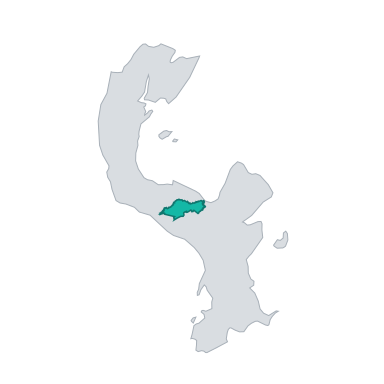 Penonomé, Coclé, Panama (highlighted), rotated 242°
{"feature_id": "35544464B54827397349612", "entity_name": "Penonomé", "entity_type": "district", "adm_level": 2, "iso_a3": "PAN", "parent_name": "Panama", "parent_adm1": "Coclé", "projection": "robinson", "projection_center": [-80.285, 8.68], "detail": "fine", "context": "in_parent", "style": "filled", "palette": "teal", "viewbox_px": 384, "rotation_deg": 242, "n_neighbors": 0, "source": "geoboundaries", "source_scale": "gbopen_adm2", "svg_char_len": 7838}
<svg xmlns="http://www.w3.org/2000/svg" viewBox="0 0 384 384"><g transform="rotate(242 192 192)"><path d="M336.1,177.1L335.1,177.9L332.2,182.6L330.6,186.6L334.4,190.9L335.5,195.4L337.6,200.3L341.0,205.3L344.7,214.4L345.5,218.1L344.5,220.5L341.0,222.0L337.7,226.2L336.8,231.5L337.4,234.1L327.6,242.4L325.0,243.8L323.3,242.5L321.2,238.3L318.7,234.9L317.3,233.8L316.6,233.7L315.8,234.5L315.4,236.3L316.7,244.2L315.6,247.3L312.3,249.8L308.5,262.6L307.0,260.9L294.3,243.8L283.3,222.5L281.0,212.8L283.8,212.2L286.6,212.5L288.1,211.0L289.8,208.2L288.4,201.7L293.7,196.7L295.7,193.4L297.2,193.8L300.7,199.4L305.7,202.7L311.9,207.4L315.8,208.5L310.9,203.5L302.5,197.0L300.2,192.7L297.9,186.7L294.6,189.3L293.1,191.5L291.4,192.7L289.9,191.3L289.7,189.3L284.7,188.9L283.5,187.2L282.1,186.2L282.7,189.9L283.7,192.2L283.2,195.0L281.6,195.2L280.2,192.3L278.4,189.7L276.1,178.9L270.5,173.8L267.9,172.1L265.8,171.4L262.6,167.9L258.5,166.1L252.8,160.7L245.9,156.8L237.5,155.4L227.2,156.3L223.8,158.4L221.5,161.2L220.4,162.4L214.3,165.6L212.0,170.1L210.6,173.9L207.5,178.2L211.0,180.8L191.2,195.5L187.3,197.7L178.4,199.2L176.4,200.8L173.7,203.7L173.3,208.1L173.7,211.9L176.3,214.8L178.6,216.6L184.1,225.3L193.9,236.4L195.8,240.4L197.3,246.4L194.3,249.2L192.0,250.4L182.7,250.8L179.5,253.2L178.2,256.9L174.7,259.8L162.7,262.8L153.3,263.1L150.4,259.7L149.7,250.1L143.3,233.7L141.8,222.5L140.2,223.9L136.9,225.2L135.7,228.0L134.9,236.3L133.6,239.1L131.0,238.9L125.7,235.9L118.6,233.1L109.6,215.5L108.6,212.2L106.9,208.2L99.9,206.6L93.9,203.6L87.5,203.1L84.1,204.8L80.7,202.7L80.2,197.9L73.3,200.0L64.6,199.3L56.8,197.2L51.4,198.3L46.9,201.7L47.5,210.5L46.2,212.2L46.0,208.7L44.5,204.5L42.6,201.1L38.7,197.6L38.5,196.3L40.0,194.5L47.2,189.3L48.1,187.2L48.2,182.7L47.5,178.5L44.3,172.2L46.2,168.3L49.8,165.2L53.6,162.7L54.3,161.7L53.6,159.5L51.4,157.2L46.2,153.3L43.1,153.0L43.0,141.8L43.2,129.8L43.9,128.6L45.8,127.9L47.4,126.0L48.2,122.5L50.5,121.2L54.6,124.0L58.7,126.4L60.5,125.6L61.8,124.4L62.7,123.3L63.0,122.1L66.3,125.3L73.1,131.0L73.5,133.8L72.9,136.5L74.7,144.1L78.3,145.2L81.8,143.8L82.7,145.2L82.0,146.6L80.2,148.2L79.7,154.8L85.6,157.8L88.5,160.5L98.2,159.3L101.7,160.0L104.2,159.2L101.5,153.9L97.9,150.0L98.2,148.2L100.9,149.5L103.0,152.2L107.7,155.5L116.5,167.0L126.5,169.8L134.5,169.4L141.9,167.9L153.7,163.4L162.3,155.3L169.1,151.7L191.2,144.1L199.0,136.1L202.3,135.0L205.5,134.0L212.4,128.0L216.1,123.3L220.1,120.9L231.8,122.6L239.3,124.8L244.6,124.5L249.6,126.1L251.8,129.5L254.1,131.0L266.4,130.6L276.6,132.3L298.7,142.5L312.0,152.6L319.1,163.3L336.1,177.1ZM113.4,256.4L110.5,256.7L104.6,254.1L100.3,249.2L100.0,247.6L100.0,245.9L102.4,240.8L105.6,239.1L106.8,239.1L109.8,245.0L107.8,247.2L108.6,250.9L112.9,253.5L113.4,256.4ZM255.9,200.1L254.8,202.6L252.4,196.9L252.8,195.5L252.6,190.4L254.9,189.1L256.7,188.9L258.1,189.7L259.0,195.7L258.2,198.4L255.9,200.1ZM80.3,133.9L79.7,136.7L75.7,131.6L78.1,130.8L79.0,130.9L80.3,133.9ZM247.1,201.3L244.7,203.9L243.8,201.4L245.4,198.8L246.0,198.8L247.1,201.3Z" fill="#d9dde1" stroke="#a8b0b8" stroke-width="1"/><path d="M177.5,197.0L177.3,197.3L177.1,197.7L177.2,198.1L177.4,198.3L177.8,198.3L178.0,198.1L178.4,198.3L178.6,198.4L178.9,198.4L179.0,198.1L178.9,197.5L179.0,197.5L179.3,197.6L179.2,197.5L179.3,197.4L179.2,197.5L179.0,197.4L178.9,197.1L178.8,196.8L179.0,196.8L179.0,196.7L179.2,196.4L179.7,196.3L179.8,196.3L180.2,196.1L180.3,195.6L180.3,194.9L180.4,194.4L180.3,194.1L180.5,193.9L180.4,193.8L180.3,193.3L180.5,193.0L180.6,192.8L180.8,192.8L180.7,192.6L180.8,192.4L180.7,192.4L180.7,192.2L180.8,191.9L180.7,191.9L180.7,191.7L180.9,191.7L181.0,191.6L180.9,191.6L180.9,191.1L181.0,191.1L181.0,190.9L181.0,190.7L181.3,190.4L181.1,190.2L181.3,189.9L181.2,189.8L181.3,189.6L181.2,189.3L181.0,189.1L181.3,188.8L181.3,188.6L181.4,188.3L181.6,188.2L181.6,187.9L181.9,187.7L181.7,187.6L181.8,187.3L181.7,187.1L181.8,186.7L181.9,186.3L182.0,186.2L182.1,185.9L182.1,185.7L182.3,185.6L182.8,185.3L182.8,185.1L183.0,185.0L182.9,184.9L183.1,184.9L183.1,184.5L183.1,184.4L183.2,184.1L183.3,183.9L183.8,183.9L184.0,183.9L184.3,184.0L184.4,183.9L184.5,183.8L184.9,183.8L184.9,183.5L185.0,183.5L185.1,183.4L185.3,183.4L185.2,183.3L185.3,183.2L185.5,183.2L185.6,182.9L185.7,182.7L186.0,182.4L186.6,182.1L186.8,182.1L187.1,181.7L187.4,181.7L188.1,181.3L188.4,179.6L189.8,179.5L189.9,179.2L190.6,177.7L190.8,177.8L191.7,177.1L191.6,176.9L191.6,176.5L191.7,176.3L191.6,176.2L191.8,175.8L191.9,175.7L192.0,175.4L191.9,175.4L191.9,175.2L192.1,175.0L191.8,174.1L191.9,173.9L191.9,173.7L191.7,173.4L191.7,173.2L191.8,173.2L191.8,172.8L191.5,172.6L191.5,172.4L191.3,172.0L191.2,171.6L191.3,171.3L191.2,171.3L191.3,171.2L191.2,171.0L191.2,170.9L191.0,170.7L190.8,170.6L190.7,170.6L190.1,170.1L190.0,169.8L190.0,169.7L189.9,169.7L189.8,169.4L190.0,169.4L189.9,169.3L189.8,169.1L189.5,169.1L189.6,168.7L189.4,168.4L189.5,168.3L189.4,168.2L189.5,168.1L189.3,167.7L189.2,167.7L189.1,167.4L189.2,167.1L189.1,166.7L188.8,166.4L188.6,166.0L189.0,165.7L189.1,165.2L189.0,164.9L188.9,164.7L189.0,164.4L188.9,164.0L189.1,164.0L188.9,163.7L188.9,163.2L188.8,162.8L189.0,162.8L189.0,162.6L189.1,162.8L189.4,162.4L189.6,162.2L189.5,161.9L189.8,161.7L190.1,161.8L190.0,161.4L190.1,161.2L190.3,161.5L190.5,161.0L190.6,160.9L190.8,160.8L190.8,160.5L190.4,160.6L190.5,160.3L190.3,160.3L190.3,160.2L190.5,159.9L190.4,159.8L190.5,159.7L190.2,159.5L190.2,159.2L189.9,158.9L189.8,158.6L189.7,158.6L189.6,158.8L189.4,158.9L189.3,158.5L189.2,158.6L189.1,158.3L188.9,158.4L188.7,158.5L188.6,158.4L188.6,158.1L188.9,157.7L188.6,157.7L188.3,157.4L188.5,157.1L188.4,157.1L188.3,156.9L188.5,156.9L188.3,156.5L188.2,156.2L188.2,155.9L188.4,155.8L188.1,155.5L188.5,155.0L188.4,154.8L188.1,154.6L188.2,154.2L188.0,154.3L187.9,154.2L187.9,153.9L187.6,153.6L187.6,153.2L187.5,153.3L187.3,153.2L187.3,153.5L187.1,153.5L187.0,153.8L187.1,154.0L187.1,154.3L187.1,154.6L187.0,154.8L187.0,155.0L187.1,154.9L187.1,155.1L186.9,155.2L187.0,155.4L186.9,155.6L187.0,155.8L186.8,155.9L186.8,156.3L186.7,156.4L186.8,156.6L186.7,156.6L186.7,156.9L186.6,157.0L186.4,157.1L186.4,157.5L186.2,157.8L185.9,157.8L185.8,157.6L185.7,157.6L185.6,157.3L185.2,157.4L180.1,163.2L180.0,163.3L178.6,165.0L178.5,164.3L178.2,164.3L178.0,163.9L177.8,163.7L177.4,163.7L177.3,163.8L177.0,163.7L176.9,163.8L176.6,163.7L176.2,163.8L176.1,163.5L175.9,163.6L175.7,163.3L175.9,166.7L175.8,170.6L174.7,172.8L175.4,174.1L177.3,174.7L177.4,174.9L177.6,175.1L177.6,175.5L177.7,175.9L177.7,176.2L177.8,176.3L177.7,177.0L177.6,176.8L177.4,177.0L177.3,176.9L177.1,177.2L176.9,177.6L176.7,177.7L176.8,177.9L176.6,177.9L176.5,178.0L176.5,178.4L176.3,178.6L176.4,179.0L176.3,179.7L176.7,182.2L176.6,182.6L176.4,182.7L176.0,182.7L175.9,182.5L175.7,182.5L175.2,182.6L175.0,182.8L174.9,182.8L175.0,183.1L174.9,183.3L174.8,183.6L174.6,183.4L174.6,183.5L174.4,183.6L174.3,183.8L174.5,184.0L174.8,184.5L175.0,185.1L173.3,185.8L170.2,187.2L170.4,188.2L170.6,188.3L171.2,189.2L171.2,189.4L171.1,189.6L171.2,189.8L171.1,190.5L171.3,190.6L171.3,190.9L171.5,191.2L171.6,191.6L171.4,192.0L171.5,192.2L171.3,192.5L171.5,192.5L171.9,192.8L171.8,193.0L171.7,193.3L171.8,193.3L171.9,193.1L172.0,193.2L172.0,193.3L172.2,193.5L172.3,193.7L172.3,194.0L172.2,194.3L172.3,194.5L172.7,194.5L172.8,194.5L172.7,195.0L172.5,195.3L172.6,195.5L172.5,195.9L172.6,196.2L172.8,196.1L172.7,196.5L172.8,196.6L173.0,196.6L172.8,196.9L172.9,197.0L173.2,196.9L173.3,196.9L173.8,196.8L173.9,196.7L174.0,196.4L174.3,196.1L174.5,196.2L174.9,196.3L175.0,196.1L175.1,196.3L175.1,196.0L175.2,195.9L175.4,196.0L175.5,196.3L175.7,196.2L175.7,195.9L175.8,195.9L175.9,196.1L176.0,196.1L176.0,195.9L175.8,195.7L176.0,195.6L176.2,195.9L176.3,195.7L176.9,195.8L176.6,196.3L176.6,196.5L176.8,196.8L176.7,197.2L176.8,197.2L177.0,197.1L177.0,196.6L177.3,196.5L177.5,196.8L177.5,197.0Z" fill="#14b8a6" stroke="#0f766e" stroke-width="1.5"/></g></svg>